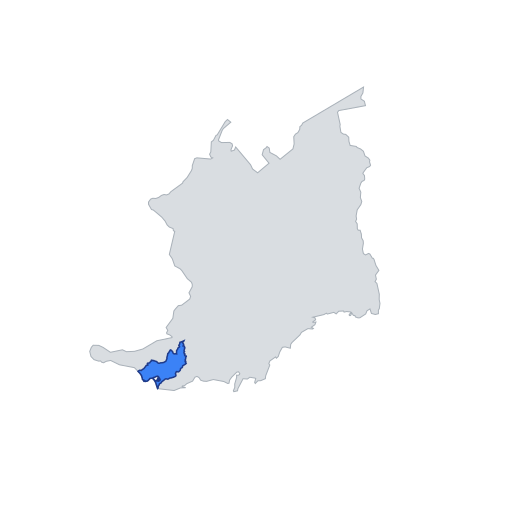 Magdalena on a map of Colombia (Robinson projection), rotated 230°
{"feature_id": "COL-1416", "entity_name": "Magdalena", "entity_type": "Department", "adm_level": 1, "iso_a3": "COL", "parent_name": "Colombia", "parent_adm1": "", "projection": "robinson", "projection_center": [-74.235, 10.123], "detail": "fine", "context": "in_parent", "style": "filled", "palette": "blue", "viewbox_px": 512, "rotation_deg": 230, "n_neighbors": 0, "source": "natural_earth", "source_scale": "10m", "svg_char_len": 8489}
<svg xmlns="http://www.w3.org/2000/svg" viewBox="0 0 512 512"><g transform="rotate(230 256 256)"><path d="M288.6,78.1L284.3,80.1L275.8,82.6L270.0,93.4L266.0,95.2L261.1,101.6L257.5,109.5L254.8,125.6L247.5,139.2L248.1,139.8L251.0,139.2L253.7,137.7L254.7,138.2L255.7,140.6L259.0,141.2L261.7,152.2L266.7,157.8L267.2,160.0L267.9,164.6L266.1,167.4L265.6,177.5L267.1,180.0L270.9,181.0L273.4,187.3L275.0,188.8L277.3,189.7L282.8,188.8L292.7,189.8L295.0,189.6L300.6,187.4L307.7,190.1L312.9,190.6L327.1,209.6L328.5,209.0L330.3,210.1L333.9,208.2L337.0,207.9L341.1,208.8L346.4,208.8L357.2,206.9L358.8,205.8L364.7,206.9L366.4,208.3L367.3,211.8L366.6,214.0L364.5,216.2L363.4,219.1L363.2,222.5L362.2,225.1L360.3,226.7L359.5,229.1L360.0,232.3L359.0,246.6L359.8,247.8L360.4,253.7L362.9,261.4L364.1,263.5L366.2,265.3L370.0,271.6L369.2,273.8L359.4,283.6L359.0,285.9L360.8,285.0L363.8,285.9L364.8,288.3L372.1,295.1L372.0,297.8L374.1,302.9L373.7,304.1L378.7,318.8L378.9,321.9L374.7,322.7L374.6,312.9L374.0,310.9L369.2,302.1L368.3,301.4L365.1,302.4L359.9,308.9L357.4,309.8L355.5,308.9L353.5,305.1L352.2,304.4L351.0,307.6L352.6,310.5L329.4,310.5L324.9,309.3L318.7,310.7L318.7,325.6L329.6,325.8L332.6,330.1L332.4,333.6L332.8,334.8L330.2,335.5L326.4,333.2L319.6,336.0L314.6,336.6L314.3,353.1L317.3,357.2L323.1,361.6L324.0,364.5L323.6,367.4L324.9,370.9L326.9,372.8L326.8,374.9L327.8,377.3L316.3,447.0L312.2,442.7L310.8,438.9L308.8,437.3L304.9,438.5L300.8,436.5L314.2,412.9L313.7,410.8L302.6,405.0L301.4,403.6L296.1,400.5L293.2,401.3L291.5,402.9L287.4,403.4L284.1,400.9L280.2,399.2L275.5,403.2L274.1,403.2L270.8,404.9L267.2,405.6L262.6,403.8L258.8,405.0L256.2,404.8L255.2,403.5L251.9,402.1L251.5,400.5L252.4,397.6L251.0,391.8L250.5,390.9L247.9,390.8L245.0,388.7L244.4,387.4L245.0,385.1L244.4,383.1L241.6,378.5L237.5,377.3L233.7,373.5L229.8,372.1L228.0,369.4L226.3,363.2L222.3,358.4L219.5,356.7L218.5,354.5L215.6,354.2L211.7,351.1L210.0,350.9L208.8,352.3L205.1,350.8L202.0,348.5L198.8,347.9L196.7,346.4L192.9,342.0L188.8,339.8L186.4,340.6L185.6,343.9L184.3,344.5L179.5,343.7L178.8,344.4L177.5,344.2L171.7,341.8L166.0,340.9L164.6,335.3L160.9,333.3L159.8,330.7L157.3,331.0L147.5,325.9L143.5,322.4L140.0,320.5L136.4,316.6L135.9,315.0L133.1,312.7L134.5,309.8L137.8,307.5L142.2,309.3L142.7,305.8L141.1,302.8L141.9,295.9L143.0,294.4L145.4,293.0L146.9,293.5L147.9,292.4L151.4,292.9L152.5,292.4L155.2,289.7L156.4,287.4L157.6,287.7L160.5,283.9L160.1,280.2L162.8,279.4L165.7,273.3L166.9,273.2L167.5,270.3L172.6,260.2L170.7,261.4L168.8,260.7L169.1,257.3L168.5,256.9L166.9,259.5L165.5,256.9L165.9,252.6L163.6,253.4L163.7,252.4L167.0,249.1L168.3,241.7L167.3,239.0L166.6,227.9L166.0,225.8L163.3,223.0L167.6,219.9L169.1,217.5L167.2,212.5L164.7,208.4L164.6,205.9L166.1,206.1L166.7,199.2L165.3,196.6L163.6,196.5L158.0,186.4L156.0,184.3L157.5,179.4L159.2,177.2L158.8,173.5L160.0,173.7L162.4,177.1L163.4,176.5L167.1,173.3L167.3,170.3L170.3,167.2L166.0,156.8L164.6,155.2L166.3,151.8L167.3,152.0L169.0,155.3L171.6,157.4L175.5,163.2L177.2,164.5L176.0,165.8L175.8,167.2L176.3,168.0L178.5,168.2L179.4,166.6L178.8,159.5L177.9,156.0L175.9,153.5L176.5,152.4L180.5,150.7L188.8,143.9L191.7,137.6L193.9,135.3L196.4,133.8L199.4,134.2L201.7,133.4L202.4,131.3L200.9,127.0L202.7,120.9L202.6,117.9L203.8,116.1L203.4,115.4L200.3,117.5L203.5,113.3L205.6,106.8L217.7,95.3L225.6,98.1L228.1,97.9L224.8,99.4L224.3,101.0L225.5,102.7L226.7,103.2L227.7,102.1L230.3,95.4L230.7,91.8L231.9,90.5L233.5,90.1L241.2,91.6L248.6,91.1L260.4,81.5L269.4,77.5L271.6,73.6L272.2,70.6L273.8,69.5L275.5,69.5L276.6,67.9L280.7,65.3L285.1,65.0L289.8,67.3L291.9,71.2L292.3,73.9L288.6,78.1ZM151.6,291.7L151.0,292.2L150.0,291.3L149.6,290.1L150.3,289.3L151.1,289.5L151.6,291.7Z" fill="#d9dde1" stroke="#a8b0b8" stroke-width="1"/><path d="M217.7,95.9L217.7,95.6L217.7,95.4L218.3,95.6L218.7,95.8L219.8,96.2L221.8,97.1L223.2,97.7L224.2,98.0L225.3,98.1L226.6,98.3L228.0,98.2L228.7,98.1L228.5,98.3L227.5,98.5L225.5,98.5L225.3,98.4L225.1,98.3L224.8,98.3L224.6,98.5L224.6,98.9L224.6,99.1L224.4,99.2L224.3,99.5L224.5,100.2L225.0,101.3L224.7,101.1L224.4,100.7L224.2,100.5L223.9,100.8L223.8,100.6L223.3,100.6L223.0,100.4L222.9,100.5L222.7,100.9L222.6,101.4L222.6,101.7L222.5,102.4L222.6,102.7L222.7,102.9L223.0,102.7L223.1,102.4L223.2,102.0L223.4,101.7L223.4,102.0L223.5,102.1L223.8,102.2L223.8,102.5L223.8,103.3L224.1,103.5L224.4,103.5L224.7,103.3L224.8,102.9L224.5,103.0L224.4,102.9L224.2,102.7L224.2,102.4L224.3,102.1L224.4,101.9L224.6,101.7L224.5,101.4L224.9,101.5L225.1,101.8L225.3,102.3L225.4,103.4L225.5,103.6L225.9,103.7L226.6,103.6L226.8,103.6L227.0,103.5L227.4,103.1L227.5,103.0L227.5,102.8L228.1,101.6L228.1,101.4L228.1,100.8L228.3,100.3L228.3,100.1L228.7,99.6L228.8,99.5L228.9,98.6L229.1,98.1L230.3,96.1L230.4,95.9L230.4,95.6L230.1,95.2L230.0,94.7L230.1,94.4L230.1,94.1L230.1,93.9L229.9,93.5L229.9,93.3L229.9,93.2L230.1,93.0L230.1,92.9L230.1,92.7L230.0,92.3L230.1,92.1L230.4,91.7L230.5,91.6L230.7,91.4L230.7,91.2L231.0,90.6L231.3,90.6L231.5,90.6L231.7,90.0L231.8,90.0L231.9,90.4L232.2,90.1L232.3,90.0L232.5,90.1L232.5,89.7L232.7,89.8L232.8,90.2L233.1,90.3L233.2,90.2L233.3,89.9L233.6,90.0L233.8,89.8L233.9,89.7L234.0,89.7L234.6,89.7L235.0,89.9L235.4,90.2L235.7,90.5L235.9,90.6L236.8,90.8L237.4,91.2L238.2,91.5L240.7,91.7L242.9,91.5L243.5,91.5L243.5,92.2L243.2,93.5L242.9,93.8L242.5,94.2L242.4,94.3L242.1,94.4L242.1,94.5L242.1,95.0L242.1,95.3L242.1,95.5L242.0,96.7L241.9,97.1L241.8,97.6L241.8,97.9L241.8,98.0L242.0,98.5L242.1,98.8L242.2,99.7L242.7,101.4L242.7,101.6L242.0,102.8L241.9,103.1L242.0,103.2L242.3,103.2L242.7,103.2L243.0,103.3L243.3,103.5L243.5,103.7L243.6,104.0L243.3,104.5L243.1,104.7L242.5,105.9L242.7,106.3L242.8,106.6L242.9,107.5L242.9,107.8L242.8,108.2L242.9,108.4L243.0,108.5L243.4,108.8L243.4,109.0L243.2,109.2L242.8,109.5L242.2,109.7L242.0,109.8L241.8,110.3L241.7,110.5L241.4,110.5L241.2,110.5L240.7,111.0L240.4,111.1L240.1,111.2L239.4,111.8L238.6,112.1L238.4,112.1L238.2,112.0L237.9,112.0L237.6,112.1L236.9,112.2L236.6,112.3L236.4,112.6L236.0,113.0L235.8,113.4L235.6,114.0L235.4,114.4L234.8,115.1L234.5,115.6L234.3,115.9L234.1,116.4L233.7,116.9L233.6,118.0L233.4,118.7L233.4,119.0L233.4,119.3L233.4,119.5L234.1,120.8L234.6,121.7L234.8,122.0L235.1,122.2L235.4,122.4L235.7,122.7L236.9,124.5L237.1,124.7L237.9,125.6L238.0,126.2L238.0,126.4L237.9,126.7L238.4,127.8L239.1,130.0L238.8,130.4L238.6,130.3L238.6,130.2L238.4,130.0L237.4,130.6L237.2,130.6L236.9,130.6L236.1,130.6L235.9,130.5L235.7,130.3L235.5,130.2L235.2,130.2L234.8,130.1L234.7,130.1L234.2,130.1L233.9,130.3L233.5,130.5L232.6,131.8L232.0,132.3L233.1,133.0L234.0,133.9L234.4,134.2L234.7,134.5L234.9,135.8L235.1,136.3L235.3,136.5L235.6,136.8L235.7,137.7L235.7,137.9L235.7,138.1L235.7,138.3L235.5,138.6L235.5,138.8L235.6,139.0L235.9,139.3L236.7,139.5L236.9,139.5L237.1,139.4L237.2,139.5L237.3,139.6L237.3,140.0L237.4,140.5L237.7,141.0L238.3,141.6L238.8,142.4L238.3,143.3L238.1,144.0L237.9,144.4L237.4,146.3L237.1,145.7L237.1,145.0L237.3,144.3L236.8,144.0L235.1,143.9L234.4,143.5L234.5,143.2L234.4,142.9L234.1,142.7L233.9,142.4L233.5,142.9L232.9,143.0L232.2,142.8L231.7,142.6L231.9,142.4L231.6,142.1L230.8,141.6L230.5,141.1L229.9,140.2L229.6,139.9L228.8,139.9L228.7,139.7L228.6,139.0L228.5,138.8L228.1,138.6L227.6,138.4L227.3,138.3L227.0,138.4L226.9,138.6L226.7,138.6L226.4,138.5L226.3,138.3L226.2,137.7L225.4,137.5L225.1,137.5L224.8,137.7L224.6,137.9L224.5,138.0L224.4,138.2L224.2,138.2L223.8,138.0L223.7,137.7L223.5,137.0L223.2,136.6L222.5,136.1L222.4,136.0L222.3,135.8L222.2,135.5L222.1,135.3L222.1,135.1L221.9,134.9L221.6,134.7L221.2,134.7L220.9,134.2L220.6,133.8L220.3,133.8L220.0,133.9L219.8,134.1L219.4,133.5L219.2,133.3L218.6,133.4L218.5,132.5L218.8,130.5L219.0,129.6L219.0,129.2L218.7,128.8L218.2,128.3L218.1,128.0L218.0,127.5L218.1,127.1L218.2,126.6L218.3,126.1L218.2,125.7L217.5,125.0L217.3,124.7L217.1,124.2L217.1,123.8L217.0,122.7L217.1,122.2L217.2,121.9L217.4,121.7L218.1,121.3L218.4,121.1L218.5,120.8L218.5,120.2L218.3,119.9L218.2,119.8L218.1,119.7L217.9,119.0L217.7,118.8L217.6,118.6L217.4,118.5L216.8,118.4L216.7,118.3L216.3,118.0L216.0,117.9L215.7,117.6L215.7,117.0L215.7,116.5L216.0,115.7L216.1,115.0L216.3,114.6L217.3,112.3L217.7,111.9L217.9,111.5L218.0,111.0L218.1,109.9L218.5,109.1L219.7,108.2L220.1,107.4L220.1,106.9L220.1,105.4L220.2,103.5L220.2,103.0L220.2,102.8L219.8,101.8L219.8,101.5L219.9,101.0L220.0,100.5L220.2,100.1L220.1,99.7L219.9,99.4L219.6,99.2L219.5,98.9L219.3,98.0L219.2,97.6L218.7,97.0L217.9,96.2L217.7,95.9Z" fill="#3b82f6" stroke="#1e3a8a" stroke-width="1.5"/></g></svg>